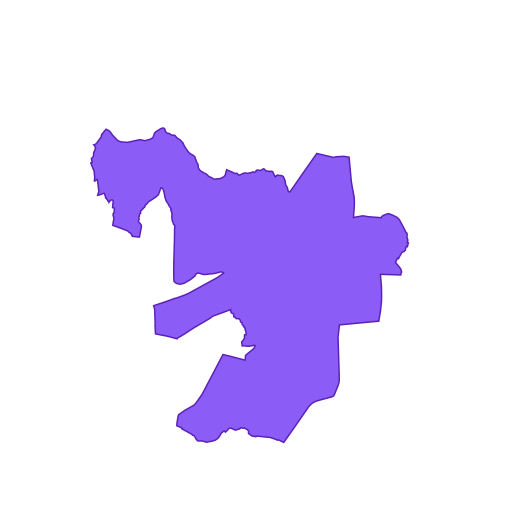 El Carmen Tequexquitla, Tlaxcala, Mexico (orthographic projection), rotated 334°
{"feature_id": "50627088B42495423385863", "entity_name": "El Carmen Tequexquitla", "entity_type": "district", "adm_level": 2, "iso_a3": "MEX", "parent_name": "Mexico", "parent_adm1": "Tlaxcala", "projection": "orthographic", "projection_center": [-97.685, 19.341], "detail": "fine", "context": "isolated", "style": "filled", "palette": "violet", "viewbox_px": 512, "rotation_deg": 334, "n_neighbors": 0, "source": "geoboundaries", "source_scale": "gbopen_adm2", "svg_char_len": 6115}
<svg xmlns="http://www.w3.org/2000/svg" viewBox="0 0 512 512"><g transform="rotate(334 256 256)"><path d="M158.9,85.0L159.0,85.5L159.3,86.0L159.1,88.6L156.6,91.2L156.0,91.4L155.7,91.6L154.9,92.8L154.4,93.9L153.1,95.4L152.8,95.6L152.6,95.6L150.9,96.2L150.4,97.4L150.0,99.6L149.5,100.1L148.5,99.8L148.3,100.0L147.6,109.1L145.9,113.5L145.8,114.0L143.7,117.7L143.7,117.9L144.0,118.0L146.6,117.4L146.9,117.5L146.9,117.8L145.5,122.1L143.1,128.9L142.8,129.3L140.2,132.1L140.3,132.2L146.1,132.9L146.8,133.0L147.1,133.2L147.1,134.0L146.8,135.6L146.8,136.2L146.3,138.0L146.9,138.3L146.8,139.6L147.2,141.0L146.9,141.6L147.7,142.4L147.4,143.3L149.9,142.1L150.8,142.4L151.6,142.8L151.9,143.7L148.3,149.6L148.5,149.9L149.4,150.5L149.5,151.4L147.7,154.4L146.7,155.1L146.2,155.3L145.8,156.2L145.4,156.6L145.2,157.7L145.2,158.4L144.3,160.9L143.8,161.5L143.2,161.9L140.7,165.7L147.8,173.0L151.4,176.9L151.9,177.9L152.4,179.4L152.9,179.8L153.2,180.2L153.5,182.4L153.5,184.2L159.5,187.9L165.5,179.9L166.4,178.5L166.4,178.1L166.3,176.5L165.5,174.4L165.6,172.9L166.5,172.4L167.0,171.7L167.3,171.3L167.3,170.6L167.7,169.6L168.7,169.1L169.2,168.0L169.9,167.2L171.0,167.0L171.5,166.2L171.6,165.5L172.0,165.0L174.5,164.3L175.1,163.7L175.7,163.8L176.8,163.3L177.3,163.3L178.1,162.6L178.4,161.9L179.2,161.6L179.8,161.6L180.4,161.5L182.6,160.4L183.4,160.2L191.0,159.2L193.5,158.7L195.3,158.0L200.4,153.1L201.3,153.7L201.6,154.4L201.7,156.2L201.2,158.7L200.1,162.6L199.7,164.3L199.4,167.6L199.9,170.5L199.9,172.7L200.2,175.2L200.5,176.6L200.0,177.0L199.5,177.2L199.5,179.1L198.9,181.5L197.6,183.7L196.6,186.2L196.1,188.5L196.1,190.2L195.8,191.2L195.9,191.8L196.3,192.5L196.3,193.1L194.2,196.9L189.6,206.1L179.7,225.0L174.9,234.6L171.9,241.1L171.2,243.0L171.9,244.7L172.8,246.1L175.3,248.0L177.3,248.6L179.7,249.0L186.5,248.5L192.2,247.3L194.4,245.8L196.0,245.7L197.8,246.9L200.3,249.3L201.9,250.2L211.2,253.6L217.2,254.8L217.8,255.1L218.5,255.6L219.2,256.4L219.5,257.1L212.4,258.4L178.9,260.0L175.6,259.9L166.7,259.0L164.4,258.5L157.6,257.8L142.2,255.8L141.8,258.3L141.4,259.9L134.7,274.8L134.6,274.7L131.5,281.9L138.4,287.2L138.5,287.1L143.5,291.2L148.6,295.7L148.7,295.4L155.0,295.0L168.9,293.3L187.8,291.8L190.0,291.2L191.3,291.2L209.8,293.1L209.0,294.5L208.9,295.3L208.9,296.2L210.2,298.1L210.3,298.4L210.3,299.0L209.5,300.3L209.4,300.7L210.6,302.8L210.7,303.4L211.4,304.1L212.1,304.3L213.3,305.0L213.8,307.2L213.3,307.8L213.4,308.9L214.2,309.8L213.5,311.7L214.0,312.4L214.2,312.9L214.2,313.4L213.9,314.0L214.2,314.4L214.2,315.0L214.5,315.2L214.3,316.3L214.5,316.3L214.5,316.7L213.8,317.9L213.9,318.5L213.8,319.5L212.7,322.4L211.5,322.0L211.3,321.8L210.5,322.8L209.9,324.5L206.9,326.5L206.3,326.7L205.8,326.7L205.6,326.9L205.2,327.5L204.2,330.9L205.7,331.3L208.8,333.4L210.4,334.2L211.8,334.5L213.2,335.0L215.7,335.6L215.8,336.3L214.1,337.8L213.0,338.3L210.3,339.0L206.1,339.9L203.0,340.8L202.7,341.1L201.9,342.7L200.6,344.9L188.4,334.4L183.1,330.1L146.9,356.7L137.9,361.7L134.8,362.9L124.5,363.5L116.9,364.7L115.8,365.8L111.7,371.5L110.4,373.9L114.0,378.0L113.5,378.7L120.1,388.0L120.4,389.3L121.3,390.0L121.7,390.8L121.9,392.7L121.9,394.7L122.5,396.5L124.0,397.5L125.8,398.2L127.6,399.5L128.7,400.7L130.0,401.7L132.5,402.3L133.7,402.8L138.8,403.7L142.1,403.1L144.4,401.9L146.9,400.1L150.0,399.3L150.8,399.3L151.3,400.9L153.4,400.3L155.2,399.5L156.5,399.1L158.1,399.9L159.7,401.7L160.3,402.7L161.3,403.5L162.3,403.8L163.8,403.8L164.9,404.2L165.8,404.2L167.3,403.6L168.6,405.0L170.1,405.4L170.3,406.0L171.1,406.9L171.9,408.0L172.4,409.1L172.5,410.2L171.5,412.1L171.5,412.6L171.9,412.8L173.1,415.4L173.6,416.1L174.8,417.0L175.9,417.6L176.3,418.2L176.8,418.4L177.3,417.9L189.3,425.4L192.6,428.7L194.8,431.1L195.4,430.9L199.2,435.7L204.0,433.1L214.2,427.5L236.0,415.3L238.1,414.2L240.4,413.4L242.0,413.0L243.6,412.8L245.0,412.8L247.5,413.0L251.9,413.8L262.1,415.8L263.9,415.9L265.4,415.2L272.1,409.2L274.6,406.7L276.4,404.1L278.8,399.0L294.1,365.0L300.8,354.5L337.8,368.4L343.7,360.1L348.9,351.8L351.2,347.3L355.3,338.6L359.8,327.0L377.8,336.5L378.1,335.9L379.0,334.9L379.8,334.3L380.0,333.9L380.4,330.8L378.6,323.0L382.2,319.9L382.9,320.9L383.9,320.0L388.8,316.7L389.6,316.7L390.5,316.9L391.3,316.8L391.9,316.4L392.5,316.4L393.2,315.8L393.5,315.1L395.3,313.3L396.1,314.0L398.7,311.0L397.8,310.4L399.4,308.4L399.7,307.0L399.9,305.2L401.3,303.0L401.5,302.2L401.6,301.1L401.0,299.6L401.2,298.1L400.8,286.6L400.3,284.6L399.1,282.2L396.7,279.2L394.7,277.0L393.7,276.0L391.7,275.6L388.0,275.3L386.3,275.7L385.2,276.4L374.3,270.0L369.6,266.7L360.5,264.1L366.3,254.1L368.0,250.8L370.0,246.2L373.2,234.5L374.7,229.8L383.0,208.0L378.6,204.9L371.7,202.0L368.8,201.3L355.6,190.5L332.4,203.3L320.0,210.3L314.4,213.3L313.3,211.9L314.2,208.3L313.9,205.1L315.3,200.4L315.1,199.5L315.4,198.1L315.3,196.7L314.9,195.8L314.4,195.1L311.5,193.3L310.8,192.7L310.1,192.6L309.6,192.7L308.2,193.5L307.9,192.6L307.9,188.6L308.0,187.5L306.9,186.5L306.5,186.6L305.7,185.9L305.0,186.0L303.9,184.9L303.5,184.7L303.3,184.4L302.3,183.8L301.4,181.2L301.0,180.9L297.5,181.1L296.9,180.8L296.2,180.3L295.7,179.7L294.6,179.2L293.4,179.4L292.7,180.2L292.4,180.4L291.5,180.1L290.2,179.1L288.8,179.0L285.0,178.1L284.3,177.8L283.2,176.9L281.7,176.2L277.6,176.1L275.8,175.6L275.5,175.2L275.4,174.0L275.1,173.3L274.0,172.9L272.4,171.7L271.2,169.9L268.7,167.2L267.5,165.6L266.4,166.7L263.7,169.9L261.7,170.7L257.4,170.7L255.6,169.8L253.0,169.0L251.9,168.5L250.2,165.8L248.7,164.3L248.1,162.8L247.7,161.4L246.9,160.1L245.4,158.3L244.5,156.6L243.7,155.6L243.1,153.9L242.9,152.5L242.9,151.4L243.1,150.5L244.0,148.5L244.0,147.9L243.8,145.5L244.5,140.0L243.4,137.5L241.6,135.1L240.6,131.9L239.8,125.7L239.9,122.4L238.7,118.4L236.6,114.9L236.3,113.3L235.8,111.8L233.8,110.8L232.5,109.3L231.7,107.8L230.2,106.8L229.5,105.5L229.3,104.4L229.5,102.8L229.7,101.6L228.9,100.3L226.9,99.8L223.7,100.0L220.1,100.5L218.5,101.2L215.3,104.4L212.1,104.7L206.8,103.7L202.5,100.5L190.3,97.5L184.6,94.2L182.3,91.6L180.0,84.3L179.5,81.0L178.8,78.9L176.8,76.3L170.3,79.3L169.2,81.0L165.4,83.0L163.4,84.2L161.3,85.1L160.7,85.1L159.8,85.3L158.9,85.0Z" fill="#8b5cf6" stroke="#5b21b6" stroke-width="1.5"/></g></svg>